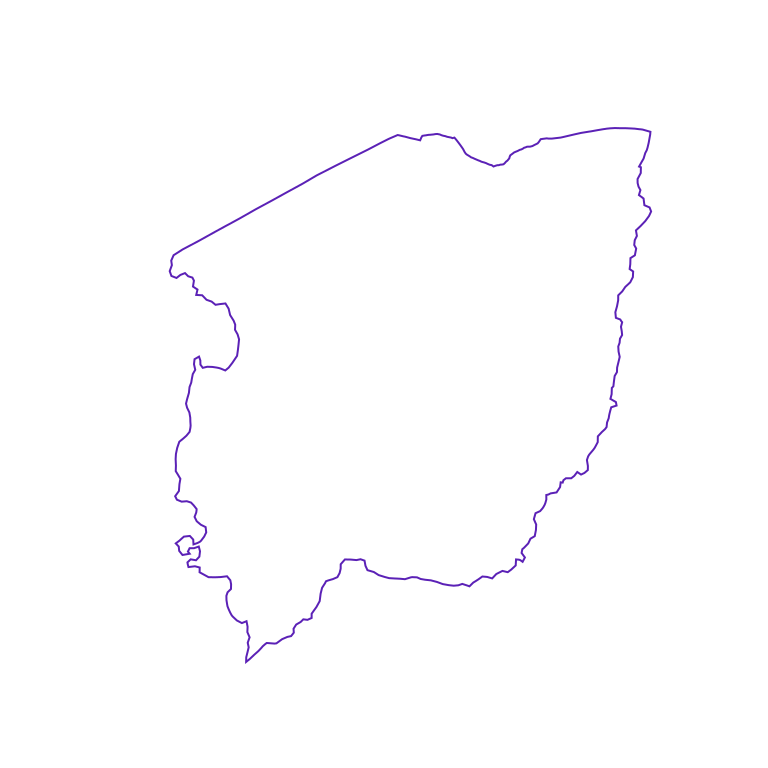 Marakwet East, Rift Valley, Kenya (orthographic projection), rotated 11°
{"feature_id": "3690345B26983318491135", "entity_name": "Marakwet East", "entity_type": "district", "adm_level": 2, "iso_a3": "KEN", "parent_name": "Kenya", "parent_adm1": "Rift Valley", "projection": "orthographic", "projection_center": [35.578, 1.135], "detail": "fine", "context": "isolated", "style": "outline", "palette": "violet", "viewbox_px": 768, "rotation_deg": 11, "n_neighbors": 0, "source": "geoboundaries", "source_scale": "gbopen_adm2", "svg_char_len": 5833}
<svg xmlns="http://www.w3.org/2000/svg" viewBox="0 0 768 768"><g transform="rotate(11 384 384)"><path d="M506.5,566.3L509.5,561.9L511.5,560.1L514.0,557.7L517.3,554.2L522.1,553.7L527.3,554.2L530.5,549.1L535.9,544.9L541.4,545.1L544.3,541.9L547.9,537.0L547.1,531.0L550.1,530.7L551.4,530.9L554.0,532.1L555.4,527.4L551.3,523.6L551.3,519.8L552.6,518.2L553.6,516.7L556.0,513.0L557.3,507.9L561.0,504.6L561.0,498.3L560.2,492.9L556.9,488.1L557.4,481.9L561.5,479.0L563.3,475.9L563.9,474.5L564.7,472.1L565.1,470.1L565.4,466.4L564.5,462.0L566.5,461.1L568.4,459.6L574.1,457.5L576.5,451.6L576.2,446.8L578.2,446.7L578.5,444.2L580.6,441.8L585.8,440.8L588.3,437.9L590.5,433.5L594.7,435.3L597.7,433.1L600.5,429.6L599.8,425.6L597.7,419.9L598.2,416.1L598.9,414.2L599.6,412.9L601.9,408.8L602.9,406.7L603.6,404.6L604.9,400.3L603.9,394.6L607.0,389.6L609.6,386.1L610.7,383.8L610.3,379.2L611.1,374.7L611.0,372.4L611.0,370.7L611.2,366.9L611.5,363.5L616.4,360.8L615.1,357.5L609.1,355.4L609.4,350.6L608.4,344.4L609.6,342.5L609.2,337.3L608.9,332.1L610.4,327.9L609.7,323.4L610.0,317.2L610.2,312.4L608.1,307.5L606.8,302.5L607.4,298.6L607.0,294.5L608.4,290.5L607.3,286.8L605.7,282.6L606.0,277.9L605.0,277.1L603.6,275.6L599.0,274.8L597.4,269.4L597.9,263.3L597.9,257.1L597.0,252.3L600.2,247.6L602.3,242.7L606.3,237.2L607.9,231.6L607.1,226.0L603.2,224.3L602.9,219.4L601.9,213.4L605.7,209.8L605.7,202.9L603.1,199.8L602.7,195.0L604.0,190.4L602.0,185.1L605.7,180.0L609.4,174.2L612.1,168.5L613.3,163.7L611.0,160.0L605.5,158.8L603.4,152.4L598.2,149.9L598.7,144.7L596.2,141.7L594.6,138.3L593.8,134.4L595.8,127.9L594.8,122.2L592.9,121.9L594.5,117.0L595.8,113.2L596.4,107.4L597.3,104.4L597.6,101.7L597.8,96.8L597.7,88.4L597.4,85.6L589.4,84.9L587.5,85.0L585.7,85.2L581.4,85.5L576.4,86.2L571.7,86.9L566.6,87.9L561.8,88.7L557.1,89.9L553.8,90.9L552.2,91.5L550.7,92.0L544.6,94.3L538.7,96.6L537.2,97.1L535.6,97.7L529.6,99.9L523.4,102.6L517.6,105.2L511.8,107.8L510.1,108.5L508.5,109.0L502.2,111.0L498.8,111.7L496.9,111.8L495.4,112.3L493.0,113.1L491.1,113.8L490.6,115.0L489.9,116.7L488.9,118.5L487.6,119.5L486.0,120.7L484.3,122.1L482.2,123.1L480.3,123.5L479.1,123.8L477.8,124.7L476.4,125.4L475.4,126.5L474.1,127.5L472.5,128.3L471.2,129.4L470.2,130.1L468.8,131.0L467.5,131.9L466.3,133.3L465.1,134.6L464.3,135.5L464.0,137.1L463.9,138.7L463.2,139.9L462.5,141.2L461.4,142.4L460.5,144.0L459.4,145.5L457.9,146.1L456.3,146.5L454.9,147.3L453.5,147.6L451.8,148.5L450.0,149.6L447.9,148.6L445.9,148.6L443.9,148.2L442.0,147.7L439.9,147.4L438.1,147.3L436.8,147.1L435.4,146.7L434.0,146.5L432.2,146.1L430.3,145.7L427.9,145.1L426.3,144.9L424.8,144.2L423.2,143.6L421.8,143.1L420.3,142.3L418.8,140.8L416.9,138.4L415.7,137.2L413.3,134.9L412.2,133.9L411.1,132.9L408.6,130.7L406.1,128.7L404.3,129.6L402.8,129.3L401.0,129.3L398.9,129.3L396.8,129.0L394.8,129.0L392.9,128.8L391.2,128.4L389.8,128.4L388.5,128.4L386.7,128.9L384.9,129.6L383.2,130.1L381.9,130.5L380.3,130.9L378.9,131.4L377.7,131.9L376.4,132.3L374.3,133.1L373.6,134.9L373.0,137.9L370.9,137.8L368.7,137.7L362.9,137.6L357.4,137.2L355.5,137.2L353.6,137.1L351.1,137.0L349.9,137.0L342.7,141.9L341.2,143.0L334.1,148.5L323.6,156.9L307.4,169.3L294.8,179.0L278.1,192.1L266.0,202.8L251.4,214.9L239.1,225.2L224.6,237.1L211.1,248.7L201.2,256.9L199.2,258.5L189.2,266.8L175.3,278.5L160.7,290.3L152.9,297.7L151.6,303.5L153.1,307.8L152.1,314.1L154.7,318.5L160.1,319.5L163.3,315.8L167.5,313.1L171.2,315.6L175.6,316.1L177.7,318.8L177.9,324.8L182.9,326.9L182.7,332.4L188.6,331.6L193.7,335.2L199.1,336.0L203.5,338.4L207.3,337.0L213.0,335.2L217.1,339.7L219.8,345.7L224.3,350.5L226.6,354.1L226.9,355.8L227.4,359.2L230.8,363.2L233.2,367.8L233.7,373.3L234.1,378.4L234.4,384.4L231.1,392.2L228.4,397.6L225.6,401.0L220.7,400.0L218.7,399.8L216.6,399.8L212.2,400.0L207.2,400.8L203.0,402.7L200.1,400.0L199.2,395.9L197.2,392.4L193.3,395.8L193.7,400.8L196.0,406.1L194.4,410.8L194.4,415.4L194.5,419.4L193.7,424.1L194.2,429.9L193.6,436.6L193.4,441.0L195.2,444.8L198.4,449.1L200.2,453.9L200.5,455.2L201.1,457.9L202.1,461.7L202.3,464.0L202.3,468.1L199.9,472.5L197.3,475.9L194.1,479.7L193.2,486.1L193.1,492.3L193.8,497.5L195.3,503.7L196.2,509.3L198.9,512.2L202.2,515.9L202.3,521.3L203.1,528.2L200.4,534.0L202.8,537.1L207.8,538.1L212.8,536.7L217.2,537.2L220.3,539.4L223.9,542.5L224.1,543.8L224.2,546.0L223.4,550.6L226.4,554.5L231.1,557.1L236.2,558.5L237.8,563.6L236.6,568.1L234.3,572.8L233.3,574.1L231.2,575.7L227.6,577.8L226.4,573.1L222.4,570.2L216.7,572.0L214.4,575.0L213.1,576.8L210.0,580.2L213.5,582.7L214.8,586.9L218.8,590.3L225.6,587.7L223.5,585.9L224.5,582.3L228.9,581.4L233.2,578.9L235.3,583.3L235.7,588.7L233.1,592.9L227.7,593.0L225.1,596.6L225.8,598.5L227.0,601.0L233.2,599.0L238.1,599.3L238.9,604.0L243.6,605.5L248.6,607.1L254.9,606.0L260.4,604.7L266.6,602.7L270.6,606.0L272.1,609.7L272.9,614.4L270.2,618.3L269.7,622.0L270.6,626.2L272.2,630.6L272.8,632.1L274.6,634.9L276.6,637.7L278.6,640.1L279.8,641.1L284.7,644.2L290.1,645.8L294.3,643.1L296.4,648.3L297.2,653.6L300.4,658.3L299.6,664.0L301.4,668.3L301.2,673.0L300.9,678.5L301.7,683.1L304.8,679.4L308.3,674.5L311.3,670.6L312.0,669.6L314.0,666.4L315.0,664.6L317.1,661.9L318.3,660.6L322.6,660.1L326.1,659.7L327.9,659.1L332.7,653.9L337.4,650.7L340.9,649.2L342.9,645.3L341.9,641.5L343.7,636.9L347.6,633.5L349.7,630.4L353.9,630.1L357.6,627.5L356.8,623.3L358.7,619.1L360.2,615.9L362.3,609.4L361.8,601.9L362.1,595.9L363.4,592.6L364.1,590.9L364.7,588.7L366.7,587.5L369.4,586.1L371.0,585.3L375.1,582.5L376.5,578.1L376.7,573.6L375.9,569.2L379.1,563.7L384.8,562.7L390.6,562.1L394.4,560.5L398.6,561.1L400.5,566.0L403.3,569.9L409.9,570.5L415.2,572.6L421.6,573.3L426.1,573.6L430.6,573.0L436.9,572.1L441.8,571.6L447.4,568.6L448.6,568.2L453.3,567.5L457.2,568.4L461.7,568.3L467.5,567.8L473.7,568.2L479.9,569.2L486.0,569.1L490.9,568.7L495.4,567.4L499.0,565.3L504.6,566.0L506.5,566.3Z" fill="none" stroke="#5b21b6" stroke-width="2"/></g></svg>